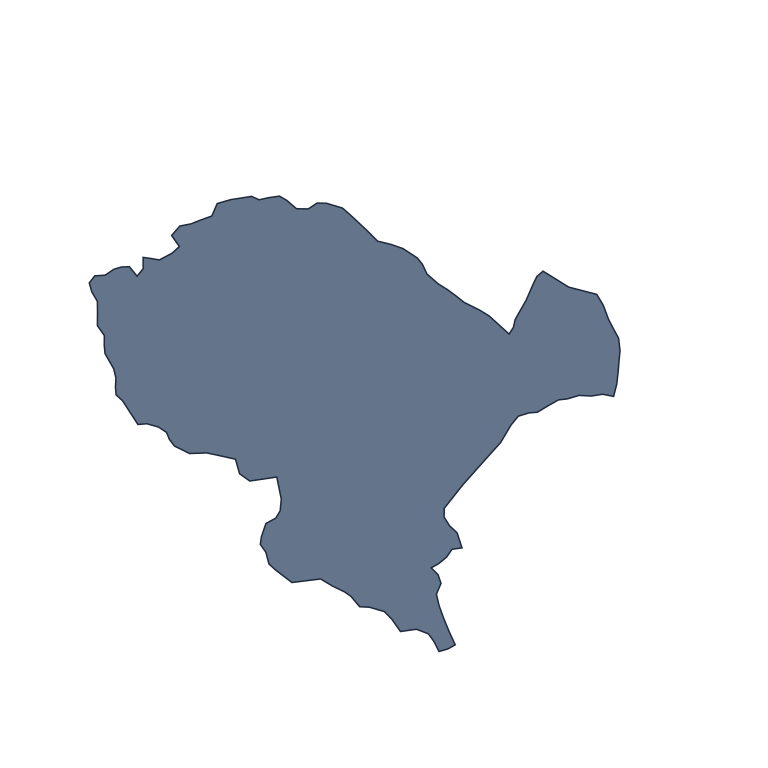 the district of Salgado de São Félix, Paraíba, Brazil, rotated 55°
{"feature_id": "56859067B36936813267627", "entity_name": "Salgado de São Félix", "entity_type": "district", "adm_level": 2, "iso_a3": "BRA", "parent_name": "Brazil", "parent_adm1": "Paraíba", "projection": "albers", "projection_center": [-35.46, -7.402], "detail": "fine", "context": "isolated", "style": "filled", "palette": "slate", "viewbox_px": 768, "rotation_deg": 55, "n_neighbors": 0, "source": "geoboundaries", "source_scale": "gbopen_adm2", "svg_char_len": 1886}
<svg xmlns="http://www.w3.org/2000/svg" viewBox="0 0 768 768"><g transform="rotate(55 384 384)"><path d="M445.3,159.2L432.6,158.3L410.6,177.1L382.8,189.0L383.6,197.1L387.9,204.8L396.7,219.2L406.4,239.6L411.9,245.6L414.8,252.9L388.7,258.8L378.5,263.2L363.0,271.6L352.8,274.6L343.1,277.9L332.9,282.2L318.6,285.7L308.1,283.9L300.0,284.4L284.1,290.7L273.9,298.0L263.3,307.3L248.5,309.9L226.2,314.6L216.1,317.1L203.0,327.4L197.4,335.0L197.1,345.6L190.3,355.1L177.6,358.4L170.1,361.9L165.0,372.0L161.5,380.6L154.3,384.9L149.4,395.0L145.1,403.7L140.5,417.1L147.6,428.7L144.3,441.0L142.1,450.3L137.5,460.6L140.5,472.8L154.0,472.8L155.3,482.6L153.5,496.9L147.7,502.7L142.1,508.7L151.4,515.1L154.0,524.4L141.8,525.3L137.5,532.1L135.1,539.4L134.9,550.0L129.5,558.9L132.1,567.4L140.8,570.5L151.9,571.4L160.4,577.2L171.8,585.3L183.9,585.3L191.7,590.9L199.1,595.1L207.9,595.9L216.5,596.7L225.4,600.2L232.4,605.7L239.2,609.7L247.7,607.8L276.0,608.8L280.6,601.0L290.0,593.4L298.9,589.9L306.4,591.6L314.8,591.2L329.5,583.1L338.8,568.7L360.4,548.8L374.7,553.8L386.5,549.6L398.7,525.2L419.4,534.2L428.3,541.8L431.8,549.6L430.5,560.7L438.8,572.0L444.4,577.3L454.1,577.3L465.5,581.5L474.9,579.3L493.8,573.3L507.3,547.8L520.2,542.0L531.8,535.5L539.0,532.9L552.5,531.7L558.4,524.1L570.6,514.3L581.1,512.5L596.2,512.5L603.5,498.1L614.2,490.9L624.2,490.8L634.7,492.4L637.7,483.6L638.5,475.2L625.0,472.8L610.2,469.5L597.2,466.0L586.2,461.6L580.0,451.6L571.1,449.1L561.7,450.8L562.5,442.3L561.7,432.0L558.4,423.1L563.0,414.1L547.9,409.5L537.7,411.6L527.5,411.1L520.4,406.0L511.9,377.6L504.0,344.3L498.9,322.2L494.3,311.9L490.5,303.5L487.4,292.5L490.8,281.9L495.1,274.6L495.9,262.7L497.1,250.2L501.4,242.3L505.2,230.8L512.9,220.9L517.8,210.8L525.9,203.0L517.5,193.3L506.8,183.9L500.1,178.4L492.2,171.6L481.1,165.6L472.3,164.6L459.9,163.0L445.3,159.2Z" fill="#64748b" stroke="#1e293b" stroke-width="1.5"/></g></svg>